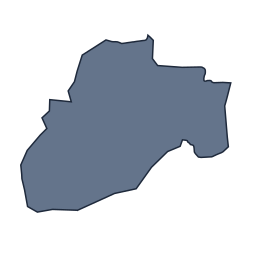 Jargalant, Töv, Mongolia, rotated 277°
{"feature_id": "93677404B67634145299638", "entity_name": "Jargalant", "entity_type": "district", "adm_level": 2, "iso_a3": "MNG", "parent_name": "Mongolia", "parent_adm1": "Töv", "projection": "robinson", "projection_center": [105.903, 48.555], "detail": "fine", "context": "isolated", "style": "filled", "palette": "slate", "viewbox_px": 256, "rotation_deg": 277, "n_neighbors": 0, "source": "geoboundaries", "source_scale": "gbopen_adm2", "svg_char_len": 1805}
<svg xmlns="http://www.w3.org/2000/svg" viewBox="0 0 256 256"><g transform="rotate(277 128 128)"><path d="M185.3,224.5L184.8,216.6L183.4,207.7L183.6,206.4L183.8,205.8L184.3,205.4L184.7,204.9L185.1,204.5L185.1,203.2L184.7,200.8L184.0,199.6L183.9,198.7L184.0,198.0L184.4,197.6L185.2,197.4L185.7,197.4L186.2,197.2L187.1,197.3L188.1,197.3L189.1,197.4L190.3,197.7L191.1,198.0L192.4,198.0L194.2,197.8L195.2,197.5L196.0,196.9L196.4,196.4L196.7,195.9L196.8,195.5L196.9,195.2L197.1,194.7L197.4,194.0L197.4,192.6L194.8,174.3L193.6,149.8L199.8,143.8L218.1,142.4L220.8,139.0L222.5,136.5L222.1,136.5L221.7,136.4L221.1,136.4L220.2,136.3L219.3,136.1L218.5,135.7L218.0,135.4L217.7,135.2L217.3,134.6L217.1,134.1L216.9,133.6L216.6,132.1L216.3,131.0L216.0,129.9L215.5,128.0L215.1,126.3L214.7,124.9L214.5,124.2L214.2,123.4L214.1,122.7L213.9,121.8L213.6,120.8L213.1,119.0L212.7,117.4L212.0,115.0L211.6,113.5L211.2,111.9L211.1,111.3L211.5,110.0L211.9,108.5L212.2,107.1L212.1,104.7L211.9,103.7L211.8,102.2L211.8,101.3L212.7,95.4L194.8,73.7L178.2,70.6L167.4,69.2L157.5,64.1L147.1,68.5L146.6,46.9L135.3,47.9L127.6,41.4L117.6,47.5L110.2,41.7L93.5,30.7L78.2,26.1L68.8,28.2L64.7,28.9L54.2,32.8L37.8,37.9L33.5,48.3L38.0,63.0L40.2,87.7L40.1,87.8L61.4,122.6L68.7,143.5L91.9,156.1L109.5,170.2L116.2,182.0L122.9,183.5L122.9,187.0L122.6,188.4L122.1,188.7L121.5,189.0L121.2,189.3L121.1,189.8L120.7,190.3L120.2,191.0L119.8,191.5L119.5,191.7L119.2,191.9L119.1,193.0L118.9,194.4L118.6,195.0L117.8,195.5L116.3,196.0L112.3,196.8L111.6,197.3L110.5,198.3L107.8,201.4L107.7,204.0L109.6,214.6L109.9,215.2L110.3,215.9L110.6,216.4L111.0,216.9L111.3,217.5L112.1,218.7L113.2,220.6L113.7,221.5L114.9,223.7L116.1,225.3L121.6,229.9L130.9,227.7L161.7,221.3L167.5,222.2L173.4,223.0L185.3,224.5Z" fill="#64748b" stroke="#1e293b" stroke-width="1.5"/></g></svg>